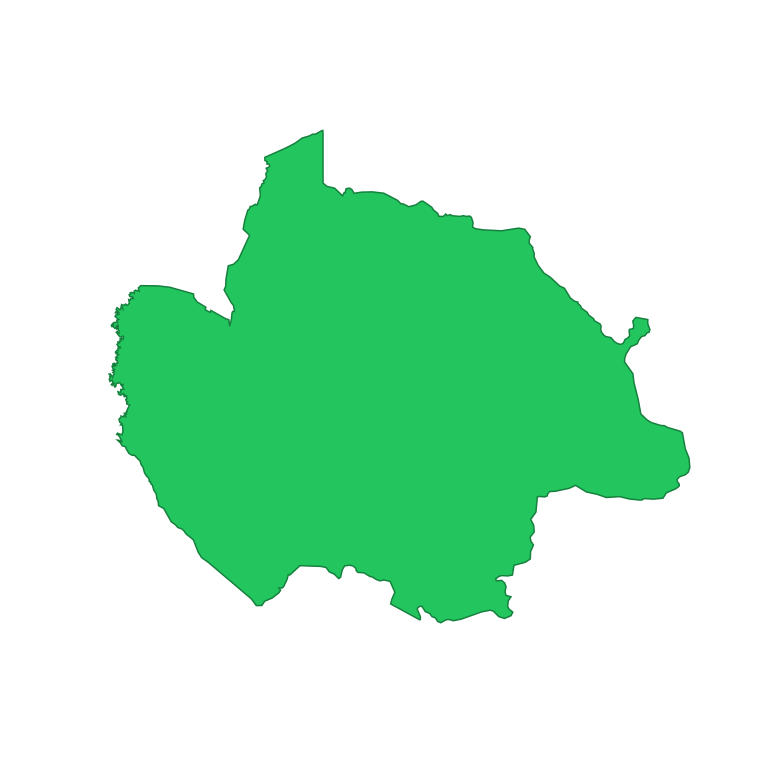 Facatativá, Cundinamarca, Colombia, rotated 162°
{"feature_id": "7082276B42545892213611", "entity_name": "Facatativá", "entity_type": "district", "adm_level": 2, "iso_a3": "COL", "parent_name": "Colombia", "parent_adm1": "Cundinamarca", "projection": "robinson", "projection_center": [-74.291, 4.831], "detail": "fine", "context": "isolated", "style": "filled", "palette": "green", "viewbox_px": 768, "rotation_deg": 162, "n_neighbors": 0, "source": "geoboundaries", "source_scale": "gbopen_adm2", "svg_char_len": 6171}
<svg xmlns="http://www.w3.org/2000/svg" viewBox="0 0 768 768"><g transform="rotate(162 384 384)"><path d="M329.0,142.4L333.3,145.3L333.1,148.9L330.6,153.4L330.7,157.4L332.8,160.9L337.2,161.8L338.0,162.5L338.1,164.0L334.4,165.5L331.5,165.5L325.5,163.2L320.9,162.6L316.4,171.4L304.7,170.8L298.9,172.4L296.4,179.3L291.6,184.7L292.9,189.1L292.3,193.2L286.9,196.8L286.4,198.5L285.3,203.5L286.3,209.9L279.1,215.2L273.1,229.1L271.5,229.2L266.0,227.0L263.4,227.1L262.0,229.2L259.7,230.5L253.8,229.0L240.3,227.6L233.1,228.4L224.9,218.8L215.2,213.1L207.7,207.4L194.5,204.0L186.2,198.8L176.4,194.5L174.2,194.0L172.2,194.7L163.2,191.2L154.0,189.2L149.1,193.2L138.8,194.2L134.9,195.6L134.1,197.3L135.2,200.8L134.7,202.7L131.8,204.4L125.1,204.7L121.9,206.1L119.0,209.9L116.8,219.3L117.5,229.1L115.3,245.4L116.9,247.6L127.7,255.0L130.2,257.7L133.7,259.1L142.0,265.0L144.8,268.4L149.0,276.1L147.0,291.0L145.8,308.4L144.1,316.8L148.4,330.6L147.1,334.1L144.4,337.8L138.0,343.2L130.7,344.0L128.2,346.9L124.5,349.5L120.7,349.4L118.2,351.3L116.0,351.3L114.3,353.5L114.5,359.9L113.2,363.8L123.9,369.5L127.9,367.0L128.6,362.0L129.9,359.6L133.6,360.1L134.4,359.1L135.5,353.9L138.0,352.4L140.8,352.0L143.8,348.9L145.2,348.6L147.1,348.7L149.8,350.7L151.7,353.0L153.8,358.0L158.0,360.3L159.8,362.3L161.1,366.2L161.1,368.8L159.6,372.2L160.0,374.4L164.4,379.2L164.4,381.1L168.0,386.3L168.6,389.4L172.8,395.2L172.9,397.5L174.5,400.4L174.3,402.0L177.2,403.8L180.2,408.3L182.8,419.3L186.8,423.1L192.7,433.9L197.6,440.0L200.7,449.1L202.0,458.4L200.8,461.8L200.9,466.7L200.3,467.7L202.4,473.2L201.5,475.9L199.3,478.7L202.3,487.6L207.7,490.6L224.9,493.4L241.5,499.7L248.8,503.3L251.3,505.8L249.4,510.0L249.4,515.5L250.7,517.3L253.7,517.9L256.7,519.6L259.8,519.9L266.8,522.8L268.6,524.6L271.6,524.6L272.8,526.6L275.8,525.0L280.1,526.6L280.2,529.6L283.0,533.9L284.0,537.4L290.4,545.8L292.4,546.3L298.2,544.5L305.5,544.9L309.9,549.2L312.2,550.1L314.3,554.4L325.2,565.5L335.6,570.3L346.0,573.4L353.5,574.6L354.6,579.1L356.4,581.0L359.7,581.4L362.0,577.8L362.8,578.3L365.3,575.8L370.5,585.6L377.1,589.5L379.9,593.9L365.0,639.8L363.8,644.0L364.7,644.2L372.0,642.8L374.7,643.7L378.3,643.0L385.8,643.2L394.2,640.5L405.2,638.7L427.3,636.4L428.2,633.3L426.5,631.7L427.4,629.4L425.4,628.6L425.2,627.1L426.5,625.8L429.4,625.6L428.9,622.6L431.4,620.6L431.8,617.1L434.4,614.9L435.9,614.8L436.0,612.3L438.6,611.9L439.5,609.9L441.6,609.0L443.5,601.1L448.9,594.0L449.6,593.6L450.7,594.7L454.8,593.8L456.3,594.2L458.3,591.8L459.9,591.3L465.9,582.6L470.1,574.7L465.9,567.0L484.1,547.2L490.0,544.4L495.6,544.5L501.8,532.7L504.4,525.8L507.0,522.9L504.1,508.4L502.9,505.4L503.6,500.2L503.9,499.3L505.5,499.7L506.6,498.5L509.2,492.6L513.0,486.7L511.7,493.0L514.3,494.9L525.9,507.5L527.2,505.9L531.1,509.8L529.7,512.1L536.4,519.8L538.1,525.3L537.3,528.5L557.8,542.2L568.5,547.1L584.9,552.7L588.0,551.2L588.2,548.0L591.4,550.0L592.8,549.7L593.7,547.4L595.8,549.1L597.3,549.1L597.7,547.8L598.8,547.6L598.7,545.8L596.3,544.8L595.9,542.6L598.2,543.7L599.3,542.2L600.7,543.2L601.2,539.5L603.6,538.2L604.4,538.4L605.0,539.9L607.5,539.3L609.0,540.6L610.0,539.1L609.1,537.7L609.4,536.3L609.8,537.6L610.7,537.7L612.3,536.1L614.3,539.1L615.8,537.5L614.3,534.3L616.7,535.5L617.5,534.7L615.4,533.6L614.8,532.2L617.6,532.5L618.9,531.3L616.4,527.4L618.5,527.3L618.5,524.9L621.8,526.0L624.9,524.4L625.3,522.9L624.7,522.6L624.2,523.8L623.2,523.8L623.8,522.5L622.7,520.0L619.4,522.3L618.6,522.0L619.1,520.6L621.4,519.6L621.2,518.9L620.4,519.8L619.6,519.0L620.0,517.6L619.4,516.1L620.4,514.3L621.3,514.6L621.4,516.3L622.6,516.0L620.8,510.7L619.2,509.7L617.5,510.3L617.1,509.0L618.4,507.2L619.4,508.5L621.2,508.4L620.5,506.4L622.4,506.6L622.8,505.0L624.1,506.1L624.4,504.6L625.7,504.3L625.2,501.7L623.4,500.8L623.4,499.9L626.1,500.2L626.2,498.3L627.6,498.5L629.6,497.3L629.3,496.5L627.8,496.3L629.3,495.4L627.4,493.8L630.8,492.4L629.6,491.2L631.4,490.6L631.4,489.3L630.4,488.8L630.9,486.2L631.9,486.6L633.6,485.6L634.1,487.1L635.4,487.1L636.0,486.1L633.3,484.5L635.2,484.2L636.6,485.4L637.2,484.7L636.9,481.7L635.3,481.0L637.8,480.9L636.6,479.7L638.4,478.7L637.4,477.8L637.7,476.6L639.4,475.6L640.0,474.3L641.1,478.1L642.4,478.3L641.6,476.3L642.5,475.8L642.4,474.4L643.8,473.5L643.8,471.1L641.4,471.6L641.3,469.1L643.5,467.7L643.0,466.8L641.7,468.2L640.6,468.0L641.4,467.4L640.9,464.3L640.0,464.4L638.4,467.1L634.9,466.9L634.4,464.4L632.3,464.3L632.4,463.6L634.0,463.5L633.1,459.5L636.0,460.1L637.2,457.2L639.3,458.9L639.6,456.2L637.9,454.7L635.0,455.4L634.9,452.2L634.1,452.1L633.9,453.5L632.6,452.0L633.2,449.2L634.4,449.2L634.3,447.2L633.4,446.4L634.4,446.0L634.8,444.4L632.5,442.7L636.4,438.6L636.9,437.0L637.5,437.4L638.2,436.1L639.7,436.3L638.5,435.0L639.8,434.7L639.8,433.1L640.7,434.6L641.9,433.3L644.0,434.8L644.3,433.8L646.9,432.5L647.1,429.3L645.7,427.4L647.2,426.5L645.4,425.7L646.8,419.9L648.9,416.6L652.7,419.6L653.8,418.6L652.4,417.5L651.6,414.8L651.1,410.2L652.3,410.2L652.9,412.0L654.8,412.9L653.0,409.8L652.1,406.2L649.0,403.9L649.3,402.3L648.0,396.7L645.6,394.0L643.4,393.4L639.8,386.1L639.9,382.2L638.9,379.3L639.2,373.6L638.3,369.8L636.7,366.9L637.4,363.8L636.3,362.8L636.5,360.9L635.6,359.8L635.7,353.9L634.6,349.9L635.4,345.0L635.1,341.8L636.0,338.0L631.9,333.6L628.9,318.6L626.0,314.9L624.4,311.2L621.4,308.9L619.9,306.8L618.4,302.3L613.4,294.7L612.7,281.5L611.1,275.2L606.5,269.1L576.6,220.7L573.9,212.7L568.6,211.1L564.6,214.3L556.5,215.0L548.5,217.9L546.1,219.8L547.1,222.4L543.9,221.5L542.2,222.2L536.9,227.7L533.9,232.2L532.6,231.4L520.1,237.2L500.6,230.1L495.8,227.4L494.0,222.1L490.1,218.6L487.2,213.0L485.0,213.6L481.1,220.2L477.6,223.2L472.8,222.3L469.6,220.5L467.6,217.1L468.2,215.3L467.0,212.9L461.3,210.5L456.8,205.2L454.8,204.2L451.9,200.6L448.8,198.1L444.6,197.6L439.2,194.4L438.0,182.6L443.2,176.7L445.6,172.7L422.8,148.6L422.0,149.1L421.3,151.5L422.0,159.5L420.7,161.1L418.0,161.4L416.6,160.7L415.1,154.8L411.5,151.7L410.2,147.9L407.6,145.9L406.2,141.5L403.8,139.4L397.7,140.6L394.7,139.8L391.1,137.4L383.2,136.5L361.8,137.1L353.0,136.1L350.2,134.2L346.7,127.3L341.9,123.8L334.8,124.4L332.0,127.2L334.8,131.6L335.1,134.3L332.8,139.4L329.0,142.4Z" fill="#22c55e" stroke="#15803d" stroke-width="1.5"/></g></svg>